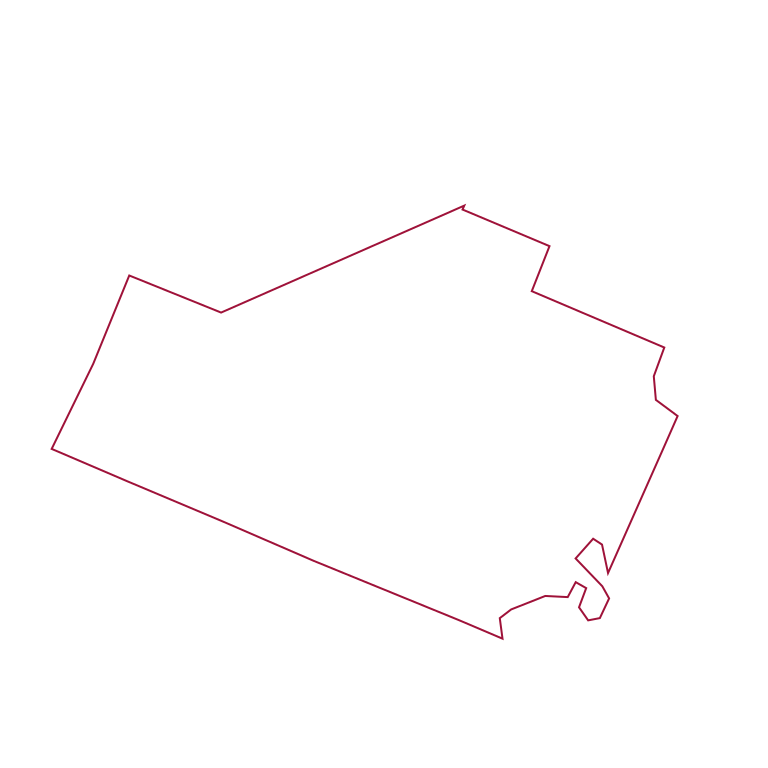 the district of Morgan, Missouri, United States of America, rotated 291°
{"feature_id": "52423323B53823188034237", "entity_name": "Morgan", "entity_type": "district", "adm_level": 2, "iso_a3": "USA", "parent_name": "United States of America", "parent_adm1": "Missouri", "projection": "equal_earth", "projection_center": [-92.922, 38.441], "detail": "fine", "context": "isolated", "style": "outline", "palette": "rose", "viewbox_px": 768, "rotation_deg": 291, "n_neighbors": 0, "source": "geoboundaries", "source_scale": "gbopen_adm2", "svg_char_len": 573}
<svg xmlns="http://www.w3.org/2000/svg" viewBox="0 0 768 768"><g transform="rotate(291 384 384)"><path d="M197.9,282.2L193.7,382.0L190.4,538.4L188.7,585.9L206.9,576.0L219.1,583.5L243.9,610.5L250.9,631.9L267.7,634.0L265.9,645.9L245.4,646.1L236.5,659.3L242.8,669.4L264.5,671.0L273.4,660.3L289.8,625.4L314.5,634.7L312.2,645.1L287.8,660.9L422.6,667.8L459.3,669.6L466.6,643.5L487.9,633.1L518.5,632.6L523.6,488.7L572.0,489.1L575.0,394.8L579.3,395.0L392.3,206.3L394.0,107.3L298.6,105.3L204.3,97.0L201.2,179.0L197.9,282.2Z" fill="none" stroke="#9f1239" stroke-width="2"/></g></svg>